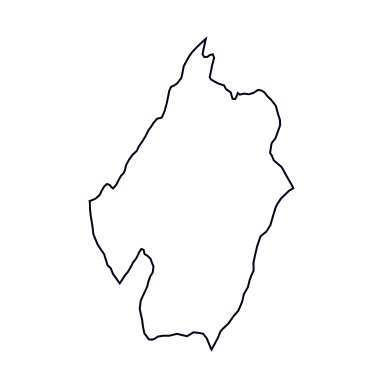 Arvidsjaur, Norrbotten, Sweden (Robinson projection), rotated 101°
{"feature_id": "70781695B53013800846692", "entity_name": "Arvidsjaur", "entity_type": "district", "adm_level": 2, "iso_a3": "SWE", "parent_name": "Sweden", "parent_adm1": "Norrbotten", "projection": "robinson", "projection_center": [19.19, 65.668], "detail": "fine", "context": "isolated", "style": "outline", "palette": "ink", "viewbox_px": 384, "rotation_deg": 101, "n_neighbors": 0, "source": "geoboundaries", "source_scale": "gbopen_adm2", "svg_char_len": 2075}
<svg xmlns="http://www.w3.org/2000/svg" viewBox="0 0 384 384"><g transform="rotate(101 192 192)"><path d="M39.1,207.7L41.4,209.5L48.1,214.4L53.9,218.1L57.4,219.8L58.7,220.5L66.1,222.9L70.0,224.1L74.9,224.1L81.3,224.1L83.9,225.1L88.4,227.4L91.0,230.1L92.9,232.7L97.1,233.6L109.4,233.7L117.5,234.3L124.6,235.8L126.8,240.3L131.7,243.1L135.5,244.5L139.4,246.4L146.5,248.4L152.0,250.5L157.5,252.9L162.1,254.0L166.6,257.3L172.1,259.9L178.2,261.8L183.7,262.0L187.0,263.0L189.9,264.9L194.4,266.3L199.3,267.7L203.5,270.1L202.5,272.2L200.9,273.9L200.3,276.9L203.2,279.2L208.0,280.9L212.6,282.1L217.1,285.6L219.1,288.6L220.4,290.7L220.5,290.6L229.1,288.6L234.3,287.0L246.3,282.6L251.9,280.9L252.4,280.7L261.3,274.8L265.8,270.5L269.8,266.4L279.9,261.0L282.4,257.2L287.5,253.9L295.5,245.5L290.4,243.4L286.7,241.9L282.7,239.7L278.2,238.1L272.7,236.5L267.6,234.0L261.3,232.4L257.6,230.9L258.0,228.5L262.0,226.7L263.1,223.6L265.3,220.1L272.6,215.6L278.5,215.2L282.9,216.9L288.1,217.7L293.2,217.9L298.4,219.1L305.4,220.9L309.0,221.6L317.1,220.9L321.2,219.1L326.7,216.7L333.6,214.4L339.8,211.8L344.9,206.2L344.6,203.3L344.5,202.9L343.1,200.5L340.5,198.0L338.6,192.9L337.4,186.9L334.1,179.7L334.5,169.3L332.6,167.2L329.5,163.8L329.0,158.7L329.0,154.1L332.7,149.7L341.8,143.7L343.0,142.7L330.4,138.8L323.4,137.4L319.9,135.3L314.2,131.2L305.5,127.3L299.8,123.9L290.2,121.8L282.3,121.6L274.9,119.0L267.5,118.6L261.8,117.7L257.4,116.5L250.0,118.1L243.5,118.1L233.0,117.7L222.5,116.3L216.4,111.3L209.5,108.7L199.0,107.8L190.7,106.9L187.2,105.8L181.6,103.5L172.4,97.1L168.9,93.3L165.9,95.6L158.2,102.3L150.5,108.7L145.3,117.8L140.7,120.8L138.8,122.8L129.0,123.2L123.2,120.3L115.5,119.1L109.4,118.2L104.5,119.4L100.8,121.5L91.5,126.1L86.3,132.0L83.2,136.8L80.4,139.9L79.1,143.1L79.1,146.5L83.1,150.7L85.2,154.8L85.5,159.7L87.3,163.7L86.1,165.9L89.4,166.5L92.5,167.3L92.8,169.9L88.5,172.2L86.9,172.9L84.4,178.4L81.3,180.8L80.4,187.4L77.9,194.9L76.0,196.5L63.4,196.4L56.0,195.9L52.9,197.8L54.1,200.6L56.5,202.8L57.1,205.9L54.6,208.0L39.1,207.7Z" fill="none" stroke="#020617" stroke-width="2"/></g></svg>